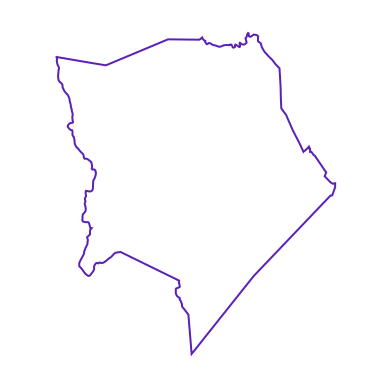 Santo Domingo de Morelos, Oaxaca, Mexico (Equal Earth projection), rotated 183°
{"feature_id": "50627088B71726094382652", "entity_name": "Santo Domingo de Morelos", "entity_type": "district", "adm_level": 2, "iso_a3": "MEX", "parent_name": "Mexico", "parent_adm1": "Oaxaca", "projection": "equal_earth", "projection_center": [-96.614, 15.843], "detail": "fine", "context": "isolated", "style": "outline", "palette": "violet", "viewbox_px": 384, "rotation_deg": 183, "n_neighbors": 0, "source": "geoboundaries", "source_scale": "gbopen_adm2", "svg_char_len": 4324}
<svg xmlns="http://www.w3.org/2000/svg" viewBox="0 0 384 384"><g transform="rotate(183 192 192)"><path d="M300.6,111.7L300.1,111.4L299.3,110.8L298.3,109.7L297.2,108.5L296.2,107.1L295.2,105.9L294.0,104.6L291.9,103.2L291.1,102.8L289.8,103.0L288.6,104.6L287.1,106.8L285.9,109.0L285.7,110.1L285.9,112.6L285.2,114.3L284.3,115.7L283.0,116.3L282.3,116.0L281.7,115.8L281.2,116.2L280.3,116.8L279.5,116.6L278.7,116.3L277.6,116.5L276.4,117.0L275.1,118.0L273.4,119.5L271.5,121.3L269.8,122.5L268.1,124.3L267.0,125.8L265.3,127.3L260.3,128.4L200.2,102.8L200.3,101.9L200.4,100.7L199.7,99.4L199.5,97.7L199.2,96.9L199.5,96.3L200.3,95.9L202.1,95.1L202.8,94.8L203.1,94.2L203.0,92.5L202.9,90.4L202.6,89.3L202.1,88.3L201.1,86.9L200.1,86.3L199.2,85.8L198.7,85.5L198.6,84.9L198.6,83.8L197.5,82.6L197.3,81.7L196.1,79.5L196.0,78.7L196.2,77.9L195.7,76.9L189.2,69.4L183.9,30.3L178.8,37.3L172.6,46.1L126.0,111.3L53.5,195.7L52.1,195.8L51.6,196.5L49.3,204.4L49.5,208.2L51.8,207.6L54.2,208.9L60.3,214.6L59.0,218.7L59.3,218.9L71.2,234.6L72.4,235.2L74.9,238.4L76.1,238.2L76.4,241.4L76.9,241.2L77.7,243.4L78.3,242.6L79.5,241.2L80.3,240.3L81.2,239.3L82.3,238.7L82.8,238.0L87.2,246.3L91.3,253.3L94.8,259.3L102.0,273.8L107.2,280.2L108.1,289.3L108.9,300.1L110.0,310.5L111.1,320.1L115.3,324.0L118.5,327.9L121.6,330.6L126.7,335.5L128.7,338.4L128.9,338.8L130.0,340.6L130.7,342.8L131.0,344.0L132.5,345.1L133.4,345.4L133.9,346.0L134.1,346.7L134.1,348.4L134.2,349.5L134.1,350.6L134.1,350.8L134.4,351.2L135.0,351.8L135.6,352.0L136.6,352.2L138.5,352.5L139.9,351.3L141.7,350.1L142.6,350.2L143.2,350.5L143.9,353.5L144.3,353.7L144.8,352.8L145.2,351.9L145.5,350.0L146.0,349.1L146.6,348.5L145.8,345.7L145.3,344.5L145.6,343.5L147.5,342.0L149.6,342.0L150.7,342.6L151.9,343.5L152.3,343.0L151.8,341.1L151.7,339.8L152.0,339.3L152.8,339.4L154.4,340.5L155.9,341.3L156.4,341.5L156.6,341.2L156.7,340.0L156.7,339.1L157.2,338.7L158.3,338.3L158.8,338.6L159.5,339.8L160.2,341.0L160.9,341.3L161.8,341.1L161.8,340.8L162.4,340.6L165.5,340.6L168.2,340.1L169.7,339.3L170.8,338.8L171.7,338.6L172.4,338.4L174.1,338.9L175.5,339.3L176.4,339.6L177.6,339.7L179.9,340.4L181.4,341.4L182.8,341.7L183.5,341.3L184.2,340.5L184.9,340.4L185.5,340.9L186.6,342.3L186.7,343.7L187.6,343.9L188.8,345.0L189.6,345.6L189.9,346.8L192.5,344.5L223.9,343.2L284.6,314.0L300.1,315.7L334.1,319.7L334.7,320.4L333.7,317.8L333.9,315.8L333.6,314.5L333.1,312.5L331.5,309.5L331.3,308.1L331.6,307.0L331.7,303.6L331.8,301.2L331.5,298.4L330.9,296.5L330.6,295.8L329.9,295.1L328.7,294.2L327.3,292.8L326.9,292.0L326.8,290.4L326.4,289.1L325.5,287.5L324.5,285.8L320.9,282.1L320.4,281.0L319.9,280.2L319.2,278.4L318.8,276.1L318.5,275.3L317.9,273.6L317.6,272.3L317.5,271.3L317.3,270.5L317.1,269.7L316.7,268.8L316.3,267.7L316.3,266.7L315.6,264.9L315.2,263.5L315.4,260.9L315.4,259.8L315.0,257.4L314.5,255.9L314.5,255.5L314.5,255.3L314.9,255.0L315.5,254.7L316.8,254.6L317.7,254.1L318.7,253.1L319.6,251.5L319.6,251.2L319.3,250.3L317.7,248.6L316.6,247.7L315.2,247.4L314.8,247.3L314.7,246.8L314.4,245.2L314.4,243.0L314.2,242.3L313.7,241.7L313.4,241.1L313.0,240.8L312.7,240.1L312.1,238.0L311.9,235.8L311.6,234.1L310.9,232.6L310.2,231.4L309.3,230.2L308.5,229.9L307.2,228.4L305.3,226.3L303.1,224.5L302.4,223.5L301.8,221.2L301.4,220.1L301.0,219.6L299.6,219.8L298.8,219.6L296.9,218.7L295.9,217.8L295.1,217.3L294.5,216.9L293.8,215.6L293.6,214.9L293.0,211.6L293.3,210.4L293.4,210.1L293.1,209.8L292.5,209.2L291.7,209.4L290.4,209.2L289.6,208.2L288.9,206.0L289.0,205.8L289.0,205.2L289.1,204.1L289.4,202.4L290.1,200.4L290.8,199.0L291.2,197.9L291.2,197.2L291.2,195.8L291.2,194.6L291.2,190.6L291.3,189.1L292.0,188.1L292.7,187.5L293.9,187.2L295.8,187.3L297.1,187.6L297.8,187.7L298.2,187.1L298.2,185.8L297.9,184.0L297.6,182.3L298.0,181.3L298.5,180.4L298.6,179.7L298.5,178.8L298.2,178.1L297.9,177.0L298.5,175.2L298.4,174.1L297.8,172.4L297.3,170.5L297.2,168.5L297.4,167.2L299.0,165.0L299.8,163.9L300.0,162.0L300.0,158.7L299.9,157.7L299.7,157.2L299.1,156.7L297.5,156.4L295.8,156.3L294.3,156.5L293.6,156.0L293.1,155.3L292.5,153.4L291.7,150.7L290.3,150.6L291.8,148.5L291.8,147.4L291.8,146.5L291.6,144.4L293.0,142.8L294.4,141.4L293.5,138.7L293.5,137.5L293.8,136.6L293.6,134.9L294.6,132.2L295.4,130.7L295.8,128.8L296.5,127.4L296.5,126.0L296.8,124.3L297.5,122.8L298.7,120.1L299.8,118.0L300.9,115.0L300.6,111.7Z" fill="none" stroke="#5b21b6" stroke-width="2"/></g></svg>